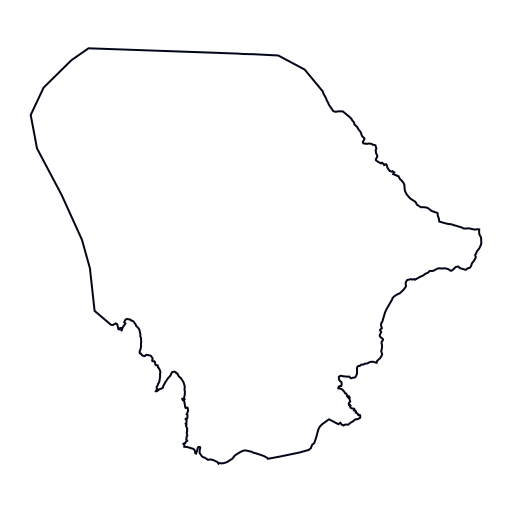 the district of Kpando Municipal, Volta, Ghana
{"feature_id": "2480657B39800519073464", "entity_name": "Kpando Municipal", "entity_type": "district", "adm_level": 2, "iso_a3": "GHA", "parent_name": "Ghana", "parent_adm1": "Volta", "projection": "orthographic", "projection_center": [0.337, 7.0], "detail": "fine", "context": "isolated", "style": "outline", "palette": "ink", "viewbox_px": 512, "rotation_deg": 0, "n_neighbors": 0, "source": "geoboundaries", "source_scale": "gbopen_adm2", "svg_char_len": 6106}
<svg xmlns="http://www.w3.org/2000/svg" viewBox="0 0 512 512"><path d="M304.7,69.6L278.3,55.5L253.3,54.2L242.8,54.0L237.8,53.6L88.5,48.3L71.3,60.3L43.6,87.6L30.7,115.0L37.0,148.4L61.7,195.1L82.0,239.9L89.9,268.2L94.6,310.9L111.0,324.8L112.5,325.1L114.8,324.0L115.6,323.4L117.2,324.2L118.3,328.9L118.6,329.4L119.0,329.4L119.1,328.9L119.7,328.3L120.8,327.9L121.2,328.0L121.2,328.8L121.0,329.1L121.1,329.3L121.8,328.8L121.4,330.3L121.6,330.4L122.1,329.6L122.2,328.5L123.1,326.8L125.4,323.5L124.2,322.2L125.4,319.8L126.9,318.9L127.9,319.2L129.3,319.3L130.2,319.8L130.7,319.7L131.3,320.6L132.7,321.0L134.0,321.9L134.6,323.2L135.2,323.8L135.9,325.0L136.1,325.8L138.7,328.4L139.5,330.2L140.4,334.4L140.3,336.3L141.1,338.2L141.0,339.2L141.2,341.2L140.9,345.7L141.1,345.9L140.7,348.5L139.6,351.8L139.7,352.9L140.0,353.1L140.0,353.4L140.9,353.6L141.8,355.0L143.1,355.8L144.9,356.1L145.6,355.3L146.5,354.8L150.5,355.6L151.5,356.6L152.7,358.6L152.2,360.2L152.3,361.0L153.4,361.4L154.1,361.2L154.9,361.9L155.4,364.7L156.2,365.2L157.7,365.4L158.0,367.4L158.4,367.5L159.8,369.9L160.4,372.4L159.9,374.4L160.2,375.7L159.4,381.4L158.9,382.6L158.0,383.9L157.7,385.4L156.7,386.9L156.7,388.2L157.1,388.9L157.1,389.7L156.3,390.4L155.9,391.2L156.8,391.3L158.3,390.2L159.1,389.3L160.9,388.8L162.9,387.7L163.2,386.1L165.5,381.9L168.0,378.2L170.2,375.9L172.0,372.3L174.1,371.6L175.7,372.2L176.3,373.3L177.4,373.5L178.1,375.2L178.9,376.4L181.0,378.3L183.5,382.2L184.3,384.7L184.8,387.0L184.5,389.2L184.9,392.2L184.7,395.0L184.0,398.3L184.3,398.9L182.3,398.8L182.4,399.5L183.1,400.4L184.2,400.9L185.3,407.5L185.7,408.0L187.0,407.5L187.6,407.9L188.1,410.3L187.9,411.4L186.7,414.2L187.4,414.7L187.5,417.4L186.8,418.9L185.9,418.7L185.6,419.1L186.6,420.3L186.5,422.4L185.7,423.6L186.5,424.0L186.5,424.6L186.0,425.4L187.3,429.3L186.9,430.5L187.2,431.6L186.6,433.0L187.3,434.9L187.2,435.8L186.6,436.5L186.6,438.0L186.2,439.1L187.2,440.8L186.1,441.4L185.9,442.0L185.3,442.6L185.2,443.3L183.9,443.5L183.4,443.8L184.4,445.6L184.3,446.8L187.2,447.0L193.1,448.8L194.2,449.5L195.0,451.2L195.2,453.1L196.0,453.6L196.8,451.6L197.9,447.5L198.6,446.9L199.9,447.0L200.3,447.7L199.7,450.2L199.6,453.0L201.9,456.3L202.4,456.8L205.1,457.9L207.9,459.8L210.4,459.4L213.3,460.1L217.5,462.1L218.5,463.7L219.2,463.2L220.3,463.1L221.6,463.4L223.3,463.2L226.0,462.5L228.2,461.4L229.4,460.5L232.3,458.8L234.4,456.0L236.2,454.5L240.2,452.1L242.4,451.0L244.5,450.4L246.1,450.5L251.8,451.8L253.3,452.8L254.6,452.9L260.8,454.9L264.0,456.1L267.3,457.9L267.9,458.8L279.2,456.7L299.1,452.6L308.8,449.9L311.0,448.0L311.4,446.4L312.3,444.7L314.3,443.0L316.2,437.4L318.1,430.3L318.8,428.4L320.1,426.3L322.3,424.1L329.0,419.3L338.4,424.2L340.2,422.8L340.9,423.4L341.6,424.6L343.6,425.5L344.1,424.9L345.8,424.5L348.1,424.7L350.6,422.7L352.9,421.4L354.2,420.2L355.4,419.4L358.0,419.0L360.1,417.8L360.3,417.0L360.1,415.2L359.8,415.0L358.6,415.2L358.2,415.0L357.7,413.6L355.8,412.7L356.1,412.0L355.6,410.7L355.3,410.5L354.8,410.8L354.0,410.5L354.4,409.5L354.3,408.9L353.8,408.6L352.4,408.6L350.8,408.0L350.1,406.8L350.1,406.4L350.6,405.8L350.2,405.1L349.6,405.4L349.0,405.0L348.8,403.5L349.0,402.9L350.2,401.6L349.5,398.9L348.6,397.9L349.4,398.1L349.7,397.9L349.7,397.5L349.3,397.1L348.9,396.3L347.0,395.5L346.8,394.5L346.1,393.6L345.9,393.4L345.2,393.4L344.1,391.5L342.2,389.5L340.0,388.5L338.3,388.4L338.2,388.1L338.8,386.6L339.8,386.1L341.2,386.0L341.7,384.4L341.5,382.3L339.6,380.5L339.3,379.9L338.9,378.7L338.9,376.7L340.6,375.8L341.2,375.8L342.8,376.2L347.6,376.7L349.0,376.5L350.9,378.3L352.1,377.9L354.8,377.5L355.4,377.0L356.1,376.0L356.7,374.4L357.0,373.2L357.0,368.1L357.2,367.1L357.9,366.3L358.6,365.9L359.7,366.0L361.2,364.7L363.8,364.4L365.0,363.6L366.9,363.5L367.8,363.2L369.7,362.1L370.3,361.9L372.9,361.7L376.6,362.8L377.2,360.8L380.1,358.2L381.4,356.1L382.2,354.3L381.2,351.1L381.8,348.9L382.1,345.9L381.5,342.5L381.8,341.6L383.0,340.0L383.0,339.1L380.6,337.2L379.7,335.9L379.9,334.8L381.2,331.9L380.2,330.5L380.0,330.0L380.6,329.2L381.7,328.6L381.9,328.1L381.1,325.9L381.1,324.1L381.3,323.2L382.1,322.1L382.4,321.4L385.1,312.2L386.7,308.9L391.9,299.9L392.6,298.1L394.0,296.5L396.7,294.7L399.9,293.2L403.4,289.9L405.3,287.5L406.0,286.1L405.6,283.0L406.1,281.7L407.1,280.1L411.0,279.1L412.1,279.6L414.3,279.1L414.7,279.7L415.0,279.7L420.5,276.6L423.6,275.3L424.6,274.3L425.5,273.7L428.2,272.6L429.4,271.2L430.0,270.9L432.2,271.0L433.3,270.8L437.5,268.6L438.9,268.3L441.6,268.5L445.0,268.3L448.3,269.1L450.3,270.6L451.5,270.7L452.7,269.9L455.9,266.9L458.1,266.5L458.6,266.7L459.4,267.7L460.5,268.3L465.6,269.8L466.6,269.4L467.2,268.5L469.8,267.8L471.0,266.2L472.0,263.2L473.8,261.0L475.6,257.9L475.8,256.9L475.3,255.9L475.2,254.9L476.2,253.4L476.8,251.5L479.2,248.5L481.0,244.7L481.3,242.9L481.1,238.0L480.7,236.8L479.4,234.5L479.1,231.9L479.2,229.4L477.3,229.2L475.4,229.6L474.4,229.5L468.7,228.3L466.5,228.5L464.0,228.5L463.3,228.4L462.4,227.7L455.6,225.6L454.5,225.4L451.8,224.4L446.9,223.7L439.3,221.6L438.8,218.4L437.9,216.0L437.5,213.0L431.5,210.9L428.2,208.3L426.8,207.6L423.9,207.2L420.8,207.2L416.8,204.6L416.0,202.7L414.9,201.5L410.7,198.8L409.4,197.6L406.7,194.4L405.1,191.2L404.7,189.6L404.5,187.4L404.6,186.7L404.3,185.7L404.3,184.4L403.2,182.5L401.6,180.5L399.8,178.9L398.5,176.2L397.4,176.0L396.5,175.2L396.1,175.3L393.1,174.1L394.3,172.3L393.0,171.8L392.8,171.3L392.6,171.2L392.1,171.7L391.6,171.7L390.7,171.2L389.6,171.0L389.1,170.0L387.9,168.6L387.0,166.3L386.9,165.3L386.0,164.2L384.2,165.1L383.7,163.9L383.2,163.7L382.0,162.7L381.3,163.4L380.8,163.4L377.4,161.4L375.9,160.2L375.8,159.4L377.3,156.6L377.2,155.4L376.1,153.3L375.7,149.8L376.3,148.9L376.4,148.3L375.7,146.6L375.6,145.6L374.8,145.0L372.6,144.7L371.8,144.0L371.0,143.8L369.1,143.5L366.6,143.9L365.6,143.6L363.6,143.5L363.2,143.1L362.8,142.0L364.4,139.1L364.3,138.1L363.1,137.2L361.9,135.8L360.7,132.2L358.1,128.8L357.2,127.0L354.4,124.4L354.1,122.6L352.1,120.2L351.5,118.9L349.5,116.9L342.8,111.4L338.5,111.3L335.8,111.8L334.2,111.5L333.0,110.8L328.9,104.7L328.1,102.7L326.8,100.5L326.1,98.4L323.6,93.9L322.6,91.2L304.7,69.6Z" fill="none" stroke="#020617" stroke-width="2"/></svg>